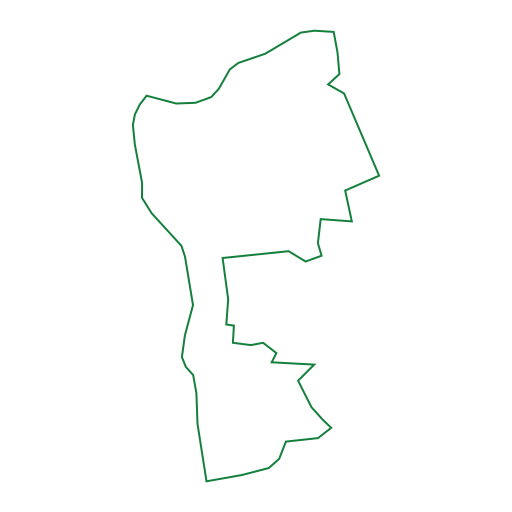 outline of Salacgrivas
{"feature_id": "LVA-5774", "entity_name": "Salacgrivas", "entity_type": "Municipality", "adm_level": 1, "iso_a3": "LVA", "parent_name": "Latvia", "parent_adm1": "", "projection": "equal_earth", "projection_center": [24.458, 57.674], "detail": "fine", "context": "isolated", "style": "outline", "palette": "green", "viewbox_px": 512, "rotation_deg": 0, "n_neighbors": 0, "source": "natural_earth", "source_scale": "10m", "svg_char_len": 833}
<svg xmlns="http://www.w3.org/2000/svg" viewBox="0 0 512 512"><path d="M314.4,30.7L333.7,31.9L337.5,52.5L339.4,74.1L328.1,84.4L344.1,93.5L379.1,175.7L345.2,190.5L351.8,221.4L320.7,219.1L317.9,243.2L321.6,255.7L305.6,261.5L288.6,251.2L222.6,258.0L228.2,299.3L226.3,324.5L233.9,325.6L232.9,342.8L250.9,345.1L263.1,342.8L276.4,353.1L271.7,362.3L314.2,364.6L298.1,380.7L311.4,407.1L322.7,419.7L331.2,427.8L318.0,438.1L285.9,441.6L279.2,458.8L268.8,468.0L242.4,474.9L206.5,481.3L197.5,423.9L196.4,393.3L193.2,375.1L185.9,367.0L181.9,357.1L184.9,335.4L193.0,305.1L185.0,256.6L181.4,245.8L151.6,213.2L142.0,197.8L142.1,182.9L134.8,144.3L132.9,124.9L134.9,114.4L139.8,104.5L146.6,95.7L176.1,103.5L195.4,102.8L211.2,97.1L218.8,88.8L229.9,69.3L238.4,62.9L265.3,53.7L300.8,32.6L314.4,30.7Z" fill="none" stroke="#15803d" stroke-width="2"/></svg>